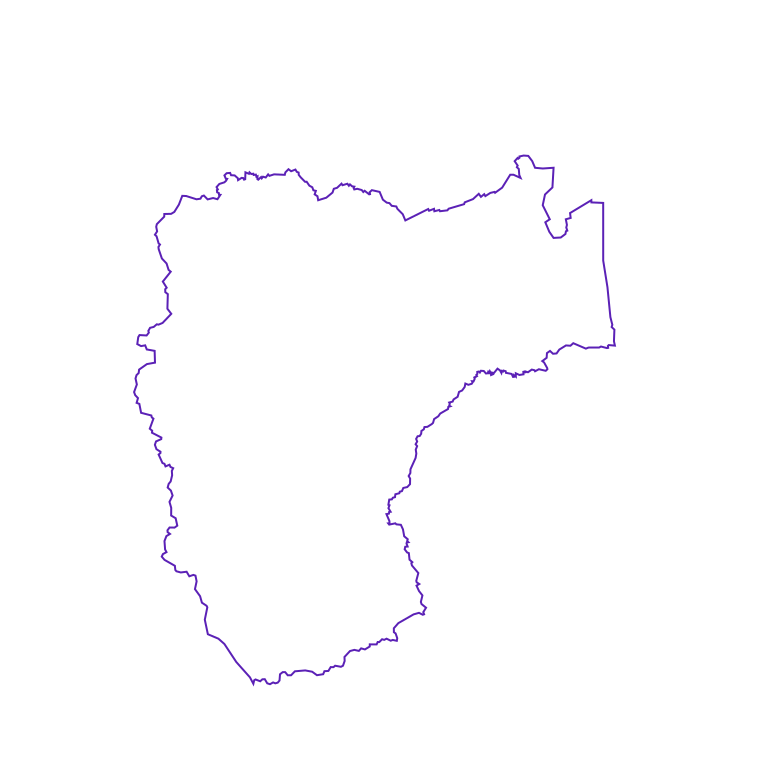 Pak Tho, Ratchaburi, Thailand (Robinson projection), rotated 340°
{"feature_id": "78962969B58694700043787", "entity_name": "Pak Tho", "entity_type": "district", "adm_level": 2, "iso_a3": "THA", "parent_name": "Thailand", "parent_adm1": "Ratchaburi", "projection": "robinson", "projection_center": [99.695, 13.356], "detail": "fine", "context": "isolated", "style": "outline", "palette": "violet", "viewbox_px": 768, "rotation_deg": 340, "n_neighbors": 0, "source": "geoboundaries", "source_scale": "gbopen_adm2", "svg_char_len": 6154}
<svg xmlns="http://www.w3.org/2000/svg" viewBox="0 0 768 768"><g transform="rotate(340 384 384)"><path d="M651.9,288.8L641.0,284.3L641.7,282.2L617.3,287.0L616.2,291.8L611.2,291.4L610.3,297.1L608.8,299.3L608.7,302.6L607.2,302.7L605.8,305.1L600.2,306.8L593.3,304.7L591.4,297.5L590.9,287.2L596.1,285.9L594.3,270.3L600.1,261.0L609.5,256.9L617.3,238.8L606.9,235.8L599.9,232.5L599.5,225.2L597.6,219.0L593.4,217.1L589.1,216.5L588.6,217.8L587.2,218.2L586.8,217.3L583.0,219.3L584.3,224.5L583.0,225.7L584.2,228.0L582.6,233.9L582.8,237.1L577.2,231.6L574.2,230.5L562.2,239.9L553.8,242.3L553.6,241.3L549.3,240.8L543.5,242.1L543.1,239.9L539.1,241.3L538.1,237.7L530.9,240.7L522.0,240.9L520.8,242.4L504.7,241.4L503.0,242.5L495.7,240.8L495.5,239.4L490.4,238.9L490.9,236.5L485.6,236.6L485.4,234.7L460.0,237.6L459.7,230.9L456.5,224.0L456.3,221.4L452.2,219.2L451.0,215.9L448.6,214.5L446.0,210.4L445.6,202.0L438.9,197.7L436.1,198.9L435.8,200.8L434.9,200.7L431.9,195.8L430.2,196.5L429.4,194.1L425.6,191.4L422.6,191.0L422.5,189.4L423.6,188.4L421.6,187.3L420.3,184.8L418.8,185.7L418.1,183.3L413.0,183.0L412.6,181.2L407.0,183.6L403.6,183.4L401.1,186.5L393.5,189.2L385.0,188.8L385.7,184.8L383.7,182.1L386.0,179.2L383.9,177.8L383.9,174.6L381.7,172.1L380.5,167.5L379.0,167.0L376.4,161.3L375.4,158.3L376.1,156.1L374.6,154.8L374.1,152.2L369.5,152.3L367.7,149.5L363.7,151.4L362.3,153.5L352.4,149.4L347.5,149.2L346.8,147.4L343.5,149.5L341.2,147.8L339.5,148.9L339.3,147.5L335.7,149.0L335.1,148.1L336.2,145.5L335.0,145.6L335.2,143.4L333.0,143.0L333.1,141.7L331.1,141.3L330.0,139.1L329.0,140.3L326.2,137.7L323.6,144.1L322.4,144.1L322.1,142.3L320.7,141.6L316.6,142.5L317.0,140.6L315.0,136.9L311.7,135.5L311.6,133.0L308.2,132.1L305.4,133.4L305.6,137.1L306.7,137.6L305.1,139.0L303.0,139.9L297.7,139.7L294.0,141.7L294.4,144.4L293.3,144.6L292.8,146.8L294.1,148.1L293.7,149.8L294.9,150.3L290.7,153.4L287.0,150.8L281.4,150.2L279.2,145.3L277.0,145.3L274.9,147.1L271.0,146.3L262.4,139.7L258.8,138.2L252.6,145.3L245.8,150.6L242.2,151.3L235.7,149.1L234.7,151.6L225.2,156.1L223.7,158.4L223.0,163.0L219.8,165.4L220.8,167.4L220.3,174.8L221.2,176.3L218.9,178.1L218.4,180.2L218.2,190.1L220.9,196.4L220.6,203.1L222.0,205.5L211.2,212.1L212.7,219.2L210.8,220.1L209.9,222.9L211.6,225.6L206.2,239.2L208.1,245.3L196.8,250.9L192.4,251.1L190.9,250.2L187.1,251.6L183.4,251.2L180.7,253.5L180.6,255.3L177.5,257.2L171.0,254.4L169.1,255.9L165.8,262.1L168.7,265.3L172.8,266.0L172.9,270.4L179.8,274.4L176.1,285.6L168.0,284.2L158.8,286.7L157.2,289.8L154.5,291.0L152.4,293.8L151.6,299.9L146.4,306.1L146.4,309.4L148.0,313.1L145.1,317.1L147.3,319.0L145.9,328.0L154.6,334.0L154.4,336.0L155.5,337.7L148.6,345.9L150.2,348.6L149.3,350.4L156.5,358.2L155.8,359.6L150.1,360.0L147.9,362.8L147.9,367.5L150.8,371.2L150.3,372.4L148.1,373.2L148.8,382.5L150.4,383.9L150.5,386.7L154.8,386.5L155.0,388.9L157.1,391.0L154.9,393.1L153.7,397.3L150.2,402.6L147.5,404.2L145.3,407.3L147.3,411.3L147.2,416.5L142.1,421.4L141.7,427.6L139.0,434.8L142.3,438.9L141.3,446.4L138.1,447.3L133.4,445.5L130.5,447.4L130.0,449.2L131.6,451.7L127.5,452.5L124.0,456.5L121.7,464.6L122.1,467.6L118.1,468.2L116.1,470.2L117.6,474.2L125.3,483.3L124.3,487.4L124.9,489.0L128.6,491.6L134.3,492.9L135.3,498.1L139.6,498.2L141.3,499.6L140.4,505.4L136.2,512.1L138.6,520.5L138.1,527.2L141.4,531.7L141.6,533.4L135.0,544.2L132.9,558.9L141.3,566.7L145.1,573.7L150.1,594.7L157.7,613.8L158.7,621.0L160.7,618.0L162.2,617.7L166.0,621.0L168.7,619.9L171.0,620.6L171.9,625.3L174.2,627.1L177.7,626.5L179.5,628.1L182.0,628.3L184.4,626.9L187.0,621.2L190.3,620.1L192.6,621.0L193.9,624.8L197.1,625.9L202.0,623.5L212.0,626.2L218.1,629.8L221.4,634.7L227.6,635.9L229.8,633.5L233.6,634.6L237.1,631.8L239.7,632.8L241.7,632.0L246.8,635.0L249.1,634.7L252.3,630.8L253.5,627.0L260.7,623.3L265.2,623.7L269.1,626.2L272.1,624.6L275.3,626.9L280.8,625.8L281.6,623.8L288.0,626.2L289.8,624.3L291.3,624.9L294.9,623.2L296.7,624.5L299.3,624.2L302.5,627.5L304.7,627.5L308.2,629.7L309.5,627.4L309.6,622.4L308.4,620.6L309.7,616.9L315.7,613.6L333.0,610.6L338.6,611.0L341.5,614.1L342.9,614.1L342.9,611.8L347.0,608.6L344.0,603.6L344.1,601.4L347.8,595.8L346.1,590.6L345.6,584.6L348.7,584.0L346.9,581.6L347.0,580.0L351.6,573.4L348.2,564.1L348.4,561.7L349.7,561.1L347.9,557.8L349.5,551.4L348.1,550.2L346.9,546.4L348.3,544.2L350.6,544.8L350.6,541.6L351.2,540.7L352.8,541.0L352.1,539.5L353.2,538.0L350.9,534.0L352.1,527.1L351.7,522.1L347.6,520.1L347.0,518.8L340.8,517.9L340.3,516.4L341.6,516.7L342.2,514.6L341.8,507.1L344.3,507.5L345.1,506.0L346.5,506.3L345.7,502.2L347.7,499.8L346.8,499.0L349.4,494.4L351.9,495.1L353.4,493.9L355.6,494.1L357.0,491.5L361.0,491.9L362.0,490.6L364.2,490.8L366.6,488.3L370.6,488.8L374.2,487.0L376.2,481.8L375.7,478.9L378.3,476.7L379.7,473.2L388.4,464.3L390.6,460.4L391.4,456.5L393.9,453.7L393.1,451.4L395.5,449.4L395.4,446.6L397.7,444.6L399.7,445.1L401.9,443.5L403.1,440.9L405.9,440.2L407.3,438.3L410.1,439.1L415.2,438.0L416.8,437.3L419.1,434.1L424.0,432.9L426.7,431.0L435.6,429.4L436.6,427.5L438.7,427.6L437.9,426.6L439.1,425.0L438.9,423.7L442.5,424.0L444.1,422.3L448.8,421.2L451.8,417.1L455.2,416.8L458.8,414.4L460.6,411.4L463.0,413.6L466.5,413.8L467.9,412.7L467.7,411.5L469.1,412.1L471.0,410.2L471.1,407.9L471.5,408.9L474.1,408.4L473.8,407.1L475.2,406.4L475.8,404.5L477.4,404.7L478.0,406.0L479.6,404.7L482.2,405.9L483.4,409.0L485.1,409.4L486.2,408.1L486.8,409.3L487.8,408.2L488.0,409.6L486.8,410.0L488.1,410.5L487.7,412.2L489.9,412.1L489.8,410.5L491.0,411.3L495.9,408.4L497.6,410.8L498.1,413.7L499.1,412.0L500.0,413.0L500.8,412.2L502.7,413.6L502.4,415.2L507.4,418.2L507.7,421.5L508.6,421.7L509.2,420.2L510.4,422.2L511.5,419.0L514.3,421.8L518.4,422.6L519.1,420.2L520.6,420.4L520.6,422.1L521.3,420.7L523.3,422.2L527.8,421.0L530.1,422.5L530.3,423.7L534.6,423.1L540.5,426.9L542.6,426.0L542.8,424.8L541.8,418.5L540.6,416.6L545.8,415.0L547.7,410.7L551.3,409.7L553.2,413.4L556.6,414.3L560.5,411.6L568.2,410.0L572.3,411.8L575.8,410.4L585.8,419.8L588.6,419.7L598.7,423.3L600.7,423.0L605.8,426.5L607.0,426.7L607.4,424.8L608.5,424.3L614.1,426.9L614.7,422.5L619.1,411.7L617.4,408.3L618.8,406.5L619.6,398.6L627.1,369.4L632.2,343.0L651.9,288.8Z" fill="none" stroke="#5b21b6" stroke-width="2"/></g></svg>